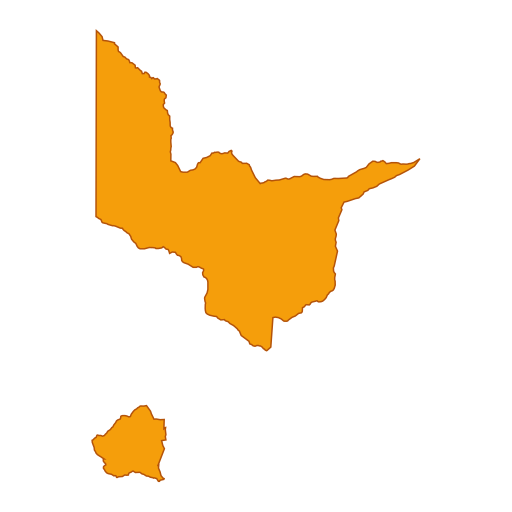 the district of Heredia, Heredia, Costa Rica
{"feature_id": "36466004B27145305633617", "entity_name": "Heredia", "entity_type": "district", "adm_level": 2, "iso_a3": "CRI", "parent_name": "Costa Rica", "parent_adm1": "Heredia", "projection": "orthographic", "projection_center": [-84.079, 10.129], "detail": "fine", "context": "isolated", "style": "filled", "palette": "amber", "viewbox_px": 512, "rotation_deg": 0, "n_neighbors": 0, "source": "geoboundaries", "source_scale": "gbopen_adm2", "svg_char_len": 6059}
<svg xmlns="http://www.w3.org/2000/svg" viewBox="0 0 512 512"><path d="M399.6,174.5L408.0,170.1L414.4,166.1L419.9,158.7L413.8,162.5L410.6,163.5L409.1,163.6L408.0,164.0L406.3,164.2L402.9,164.0L401.4,164.2L400.4,164.0L398.6,163.0L396.4,162.7L391.3,162.7L389.1,163.3L386.3,163.6L384.8,161.9L382.9,160.6L381.9,161.1L380.8,161.2L379.8,162.1L378.5,162.3L377.0,162.4L375.2,161.4L372.8,161.2L369.0,163.9L366.3,167.4L364.3,168.3L359.6,169.7L357.5,171.0L356.6,171.8L348.4,176.4L347.7,177.6L346.7,178.0L338.3,178.5L333.9,178.4L331.7,179.3L329.6,179.7L323.8,179.5L320.1,178.2L318.1,177.1L317.4,176.3L313.7,176.4L311.3,176.2L307.6,174.1L305.2,173.9L303.6,174.5L301.4,176.2L299.6,176.7L294.2,176.5L289.3,179.0L288.0,179.1L286.0,178.2L285.3,178.2L279.3,180.0L275.9,180.2L271.8,180.8L269.9,180.3L267.8,180.1L266.3,181.4L265.0,181.8L264.2,182.5L262.5,183.0L260.7,183.2L260.2,183.6L255.3,177.7L251.5,170.0L250.6,167.3L249.6,166.0L249.2,164.7L246.7,163.3L242.3,163.4L241.5,162.3L238.6,161.3L232.9,155.3L231.8,153.8L231.5,151.9L231.9,151.6L231.9,151.3L231.7,150.7L231.2,150.4L229.1,151.4L227.7,153.1L224.7,152.9L222.7,153.6L221.1,153.7L219.5,153.0L218.8,152.2L217.1,152.1L215.8,152.4L214.6,152.3L213.3,153.1L211.9,153.1L210.2,155.7L206.6,157.5L203.1,158.3L200.1,162.7L198.6,162.7L198.1,163.2L197.5,164.3L196.6,167.3L194.9,169.1L192.9,169.9L190.4,170.3L187.3,172.2L183.1,172.2L180.9,171.7L180.4,171.1L177.7,165.5L175.4,162.6L170.8,160.8L170.9,154.2L170.3,151.8L170.7,150.3L170.9,147.7L171.2,146.7L170.8,142.0L170.8,139.5L171.2,138.3L171.0,135.6L171.8,135.0L172.8,133.5L173.2,132.1L172.5,130.0L172.5,128.2L171.1,127.6L170.2,126.0L170.1,122.4L169.7,119.6L169.7,116.1L168.2,114.7L167.6,113.0L167.3,110.5L166.5,110.2L164.2,108.2L163.6,107.3L163.3,105.9L163.3,104.5L164.6,103.1L164.2,101.0L164.3,99.4L164.6,98.8L165.9,97.8L166.3,95.1L164.9,93.7L164.2,92.5L163.5,92.1L161.4,91.9L160.3,90.7L159.1,87.3L159.1,86.6L160.0,84.7L160.2,83.8L159.6,82.4L159.6,80.6L159.4,80.2L157.2,78.5L156.3,78.9L154.4,78.9L153.4,77.7L152.8,77.7L151.8,78.6L150.7,77.3L149.5,77.1L149.4,75.5L149.1,75.0L147.9,73.6L146.1,72.3L144.9,72.2L144.1,73.6L142.3,73.6L141.5,71.1L140.7,70.8L137.6,67.7L136.4,68.0L135.4,67.8L135.1,65.2L132.0,62.8L129.8,62.6L129.5,61.3L128.6,59.6L126.5,58.8L124.9,57.1L123.2,56.5L120.4,52.6L118.5,51.4L118.1,49.9L118.1,47.0L114.5,43.8L114.5,42.7L107.9,41.0L103.0,40.4L102.1,36.7L98.9,32.9L96.4,30.7L96.0,216.6L97.6,217.5L98.6,218.4L100.9,219.5L102.0,222.2L102.8,222.8L106.9,223.7L108.0,224.4L112.4,225.7L113.8,225.7L115.4,226.1L120.3,228.1L122.5,228.3L123.0,229.3L124.1,230.5L125.8,231.6L126.9,232.7L129.0,233.8L130.7,236.4L131.5,239.1L133.8,241.9L135.8,243.4L137.2,246.4L138.4,247.9L140.0,248.8L144.4,248.8L149.2,247.5L153.0,247.6L155.2,247.9L155.9,248.5L158.4,248.5L161.7,247.9L163.2,246.7L164.5,247.5L166.1,249.1L168.0,249.4L168.5,250.1L169.1,251.6L169.6,253.4L172.3,252.0L175.4,252.3L176.4,254.0L177.4,255.2L179.3,255.6L180.9,256.7L181.5,258.3L181.7,260.4L182.5,261.7L184.0,262.7L188.2,264.2L193.1,267.3L196.4,267.3L197.6,266.7L198.4,266.7L199.5,267.1L201.4,268.2L203.2,268.8L203.6,269.2L203.6,270.7L202.6,272.7L202.8,274.8L204.0,277.0L205.0,277.3L206.5,278.4L207.5,280.2L207.9,282.0L207.9,289.4L207.1,292.9L204.7,297.4L204.6,298.5L205.0,301.2L205.6,303.0L205.3,304.5L205.2,308.4L205.4,310.7L205.9,312.7L207.2,314.0L209.7,315.2L214.0,316.2L216.6,316.5L217.7,318.0L220.8,319.9L224.5,319.6L224.9,320.3L225.5,320.8L228.2,321.7L229.9,323.5L233.5,325.5L237.2,328.7L238.1,330.1L239.4,331.1L241.2,335.5L249.0,341.3L249.8,343.9L251.5,344.5L253.1,345.8L254.8,346.2L255.5,346.1L256.8,345.5L258.4,345.5L259.3,345.9L260.4,345.9L262.3,347.2L263.5,348.8L264.4,349.0L265.1,350.0L266.5,350.7L267.0,350.5L270.8,347.1L272.9,317.6L275.3,317.1L278.4,317.6L281.3,319.0L283.7,321.0L284.6,321.2L286.7,321.2L287.7,320.9L288.3,320.1L292.1,317.3L295.3,316.0L298.6,313.4L301.4,312.8L302.0,312.1L302.3,311.2L302.5,307.7L304.4,306.7L305.6,305.0L306.4,304.7L309.3,304.9L310.0,304.3L310.9,302.8L312.1,302.0L316.0,301.1L316.5,300.8L317.1,300.8L317.8,301.5L318.8,301.9L321.0,301.7L322.7,301.1L324.6,299.5L326.2,297.6L327.3,295.0L328.6,293.8L329.2,292.7L330.6,291.4L332.4,290.7L333.4,289.9L334.3,288.2L335.2,285.1L335.1,281.1L334.7,279.9L334.7,277.6L335.4,274.0L334.3,272.6L333.6,271.3L333.4,267.9L334.2,266.1L337.5,251.1L335.4,246.3L336.1,242.3L335.4,240.3L335.3,238.9L336.1,236.0L336.3,234.1L334.9,230.1L338.8,220.6L338.4,217.9L341.9,209.7L341.2,207.8L344.0,202.1L347.1,201.4L355.4,198.6L358.8,197.9L363.1,194.1L364.1,191.9L367.8,190.4L369.3,188.7L372.9,187.9L376.8,186.3L379.3,184.0L388.9,179.7L391.7,178.6L394.7,177.2L396.5,175.6L399.6,174.5ZM158.7,465.6L158.5,465.8L157.9,465.6L164.4,448.7L162.8,445.5L161.6,440.6L165.9,439.9L165.3,436.6L165.9,434.7L165.3,429.5L165.6,427.5L165.2,427.6L163.9,428.7L164.2,419.5L160.2,419.7L156.1,419.0L154.0,419.2L151.4,413.9L150.5,411.2L146.5,405.6L143.8,406.1L140.6,406.0L139.7,406.4L138.7,407.4L137.8,407.7L136.6,408.9L134.9,409.8L133.4,411.3L131.2,414.3L130.4,416.5L128.9,416.9L126.8,416.0L124.9,415.6L122.6,415.6L121.2,416.0L120.8,416.5L120.6,418.1L120.1,419.1L117.8,419.9L116.5,420.9L115.6,422.7L113.9,424.8L112.8,427.0L111.9,427.5L110.3,429.6L107.7,431.3L106.7,433.1L105.4,434.2L104.4,435.5L102.5,436.2L100.9,435.5L98.8,435.5L97.9,435.1L97.2,435.1L96.8,435.6L96.1,437.4L94.7,438.1L93.0,439.9L92.1,440.3L92.3,442.5L94.2,447.6L94.4,450.0L95.6,451.9L96.0,453.0L97.4,454.6L104.0,458.9L103.6,458.9L103.3,459.3L103.3,461.0L104.5,462.8L105.5,463.5L105.8,464.9L104.6,465.6L103.6,466.6L103.4,468.0L103.7,468.8L104.3,469.2L105.1,471.0L106.6,472.8L108.2,473.6L111.5,474.3L114.0,475.9L114.6,475.6L115.7,475.7L116.0,476.0L116.6,477.4L117.5,477.4L118.3,476.8L122.4,476.5L124.7,475.0L126.8,475.2L128.4,475.0L128.7,473.5L129.3,472.9L131.4,472.0L132.4,471.2L133.2,471.1L135.4,472.5L139.9,472.3L142.0,473.9L143.7,474.3L146.4,476.0L148.5,476.2L150.3,477.2L152.9,477.7L153.5,478.1L154.4,477.9L156.7,478.6L158.4,481.3L159.5,481.3L159.6,480.8L160.2,480.2L163.8,479.4L164.1,478.6L163.0,478.1L161.0,475.6L160.1,472.0L158.5,468.1L158.7,465.6Z" fill="#f59e0b" stroke="#b45309" stroke-width="1.5"/></svg>